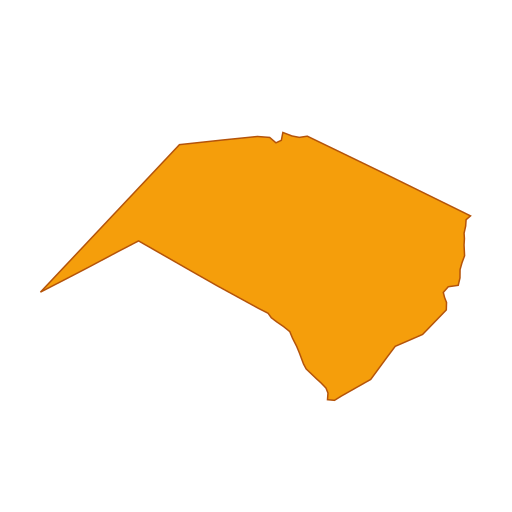 outline of Cruz do Espírito Santo, Paraíba, Brazil, rotated 281°
{"feature_id": "56859067B4098892245572", "entity_name": "Cruz do Espírito Santo", "entity_type": "district", "adm_level": 2, "iso_a3": "BRA", "parent_name": "Brazil", "parent_adm1": "Paraíba", "projection": "natural_earth1", "projection_center": [-35.118, -7.129], "detail": "fine", "context": "isolated", "style": "filled", "palette": "amber", "viewbox_px": 512, "rotation_deg": 281, "n_neighbors": 0, "source": "geoboundaries", "source_scale": "gbopen_adm2", "svg_char_len": 888}
<svg xmlns="http://www.w3.org/2000/svg" viewBox="0 0 512 512"><g transform="rotate(281 256 256)"><path d="M336.3,458.9L361.6,365.7L383.4,283.5L380.7,275.9L380.7,268.3L382.4,258.8L374.4,258.8L370.9,254.0L375.0,246.8L373.6,234.6L363.5,201.1L350.7,159.6L179.4,51.3L202.3,80.3L211.6,92.0L233.6,119.2L248.4,137.8L228.4,196.7L219.5,223.1L205.1,268.3L202.1,278.8L198.3,282.8L195.2,289.1L192.0,296.5L188.2,303.6L182.2,307.6L175.0,313.2L168.8,317.3L164.2,320.1L159.0,323.3L154.7,326.8L150.1,334.0L147.0,338.8L143.8,344.1L139.7,349.9L135.2,352.8L128.6,353.6L129.3,360.6L134.8,366.5L156.8,392.2L182.2,404.2L193.9,409.9L210.8,434.5L239.4,453.1L246.7,451.9L251.3,449.0L256.0,446.8L262.5,450.6L265.8,460.1L273.4,460.4L281.6,458.9L288.7,459.5L296.0,460.7L300.9,459.5L306.6,458.1L312.7,457.3L318.1,455.9L325.4,456.1L331.7,455.3L336.3,458.9Z" fill="#f59e0b" stroke="#b45309" stroke-width="1.5"/></g></svg>